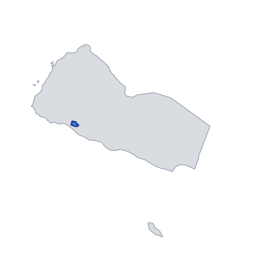 Al Wadi', Abyan, Yemen shown in context, rotated 44°
{"feature_id": "15242507B19618049480108", "entity_name": "Al Wadi'", "entity_type": "district", "adm_level": 2, "iso_a3": "YEM", "parent_name": "Yemen", "parent_adm1": "Abyan", "projection": "mercator", "projection_center": [46.038, 13.695], "detail": "fine", "context": "in_parent", "style": "filled", "palette": "blue", "viewbox_px": 256, "rotation_deg": 44, "n_neighbors": 0, "source": "geoboundaries", "source_scale": "gbopen_adm2", "svg_char_len": 3260}
<svg xmlns="http://www.w3.org/2000/svg" viewBox="0 0 256 256"><g transform="rotate(44 128 128)"><path d="M204.4,111.2L196.0,114.3L193.8,115.7L191.7,117.4L190.2,119.5L189.1,123.3L190.0,126.7L189.9,128.5L187.7,129.7L185.7,130.6L183.4,131.9L182.0,132.3L180.9,133.3L179.6,134.1L174.9,136.0L169.7,137.5L161.5,139.3L158.3,141.2L155.5,142.5L151.1,142.9L145.1,144.7L141.8,146.2L137.6,148.6L136.7,149.3L136.0,151.1L134.7,152.6L132.2,155.1L130.3,156.4L129.1,156.5L126.6,157.1L123.8,157.3L118.9,156.4L117.7,157.0L116.7,158.0L113.0,159.7L109.2,163.1L106.4,164.0L101.9,165.1L98.8,166.5L96.7,167.0L94.0,167.3L89.0,167.2L84.2,167.7L79.8,168.7L77.7,170.5L75.4,173.4L71.5,174.5L70.6,175.6L69.4,177.7L66.9,178.2L64.7,178.6L62.3,177.7L58.0,180.2L56.4,180.6L53.9,180.7L52.1,181.3L50.8,181.1L49.2,180.1L45.8,178.9L43.4,179.7L43.2,177.3L39.1,169.9L39.9,163.5L39.9,162.6L39.1,159.7L36.7,157.1L36.8,153.7L36.0,151.3L35.3,148.9L35.5,148.2L35.6,147.6L34.3,143.9L33.9,143.1L33.7,142.3L34.2,141.7L34.1,141.0L33.5,139.8L32.8,137.6L29.5,135.9L30.1,134.2L30.8,134.8L31.7,135.3L31.8,134.2L31.8,133.5L30.5,128.5L32.5,121.9L31.8,116.0L35.0,113.6L35.8,112.9L36.2,112.2L37.0,110.9L38.0,110.4L38.3,109.0L38.3,108.3L37.6,107.7L37.2,106.0L37.3,103.9L37.5,103.0L37.8,101.4L38.9,100.8L39.2,100.3L38.3,99.3L38.4,98.7L40.3,97.0L41.0,96.5L42.2,95.9L43.2,95.9L44.3,96.2L45.2,96.7L46.2,97.6L47.2,98.6L48.7,99.0L49.7,98.9L50.6,99.3L51.3,99.1L52.1,98.5L53.4,98.6L54.6,98.0L57.9,97.7L61.2,97.9L64.5,97.4L67.9,97.5L71.2,97.5L72.0,97.6L72.7,97.9L75.6,99.4L77.7,99.7L82.1,100.1L86.7,100.6L90.8,100.9L94.2,100.6L97.0,100.3L97.8,100.3L98.6,101.3L100.3,103.6L101.9,105.8L104.7,105.9L106.5,105.1L108.5,103.9L109.7,103.0L111.1,99.5L112.1,97.1L114.1,94.5L115.9,92.3L118.2,89.4L119.5,87.8L122.0,84.6L124.4,83.4L129.1,81.0L133.6,78.7L136.6,77.1L139.1,76.4L143.4,75.8L148.3,75.1L153.3,74.4L158.6,73.7L164.6,72.8L168.6,72.2L173.8,71.5L178.1,70.9L181.9,70.3L185.9,69.8L186.6,71.6L187.3,73.3L188.1,75.1L188.8,76.9L189.6,78.6L190.3,80.4L191.1,82.2L191.8,83.9L192.5,85.7L193.3,87.5L194.0,89.2L194.8,91.0L195.5,92.7L196.3,94.5L197.0,96.3L197.7,98.0L198.5,99.7L199.7,100.3L200.4,101.9L201.4,104.2L202.4,106.5L203.4,108.9L204.4,111.2ZM215.8,180.8L216.8,181.0L218.4,180.4L222.9,180.3L228.4,182.2L227.3,182.7L226.7,183.4L224.3,184.0L222.0,185.5L215.1,186.2L213.0,185.8L211.4,184.4L208.3,182.5L209.5,181.4L209.8,180.8L210.2,180.3L212.0,179.4L213.7,179.5L215.8,180.8ZM31.6,157.7L31.4,158.1L31.1,158.0L30.1,157.1L31.2,156.1L31.8,157.0L31.6,157.7ZM28.3,134.6L27.8,135.0L27.6,134.4L28.0,132.8L28.5,132.4L28.9,133.5L28.7,134.1L28.3,134.6ZM31.1,162.4L30.0,162.9L30.8,161.5L31.5,161.2L31.7,161.3L31.1,162.4Z" fill="#d9dde1" stroke="#a8b0b8" stroke-width="1"/><path d="M90.2,161.9L90.5,160.8L90.5,160.3L90.4,160.3L88.6,160.4L88.4,160.4L88.2,160.4L87.9,160.4L87.7,160.3L87.4,160.3L87.2,160.3L87.1,160.2L86.9,160.2L86.7,160.2L86.4,160.1L86.2,160.1L85.9,160.1L85.7,160.2L85.6,160.3L85.4,160.4L85.4,160.5L85.2,160.6L85.1,160.8L84.9,160.9L84.8,161.1L84.7,161.1L84.4,161.2L84.3,161.3L84.2,161.3L84.0,161.5L83.9,161.5L83.7,161.5L83.3,161.7L83.2,161.8L83.2,162.1L83.4,162.4L83.9,163.3L84.1,163.6L84.5,164.4L84.8,165.1L86.2,164.7L87.0,164.3L89.6,162.9L90.0,162.5L90.2,162.1L90.2,161.9Z" fill="#3b82f6" stroke="#1e3a8a" stroke-width="1.5"/></g></svg>